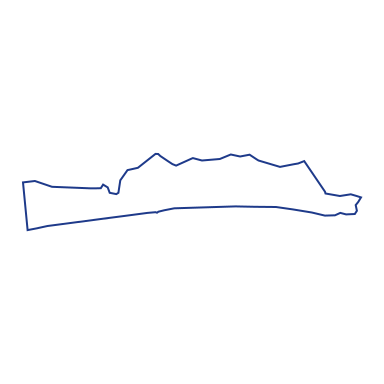 Ibeno, Akwa Ibom, Nigeria (Equal Earth projection)
{"feature_id": "59680162B15406999540209", "entity_name": "Ibeno", "entity_type": "district", "adm_level": 2, "iso_a3": "NGA", "parent_name": "Nigeria", "parent_adm1": "Akwa Ibom", "projection": "equal_earth", "projection_center": [8.062, 4.561], "detail": "fine", "context": "isolated", "style": "outline", "palette": "blue", "viewbox_px": 384, "rotation_deg": 0, "n_neighbors": 0, "source": "geoboundaries", "source_scale": "gbopen_adm2", "svg_char_len": 956}
<svg xmlns="http://www.w3.org/2000/svg" viewBox="0 0 384 384"><path d="M27.6,230.1L37.5,228.2L37.8,228.1L47.5,226.0L56.0,224.9L110.0,217.8L124.0,216.0L147.5,212.9L155.5,212.2L157.0,212.7L158.4,211.7L164.1,210.3L173.8,208.4L174.6,208.3L235.6,206.4L240.0,206.5L254.9,206.8L276.0,207.0L292.8,209.4L311.8,212.5L324.9,215.6L335.0,215.3L340.3,212.9L346.1,214.4L354.8,214.0L356.9,210.8L355.7,205.1L358.2,202.0L361.0,197.4L356.3,195.9L350.8,194.3L339.9,196.0L325.5,193.5L325.0,191.7L304.2,161.1L298.1,163.5L293.9,164.2L280.0,166.9L258.5,160.5L256.7,159.4L249.6,154.7L240.1,156.5L230.8,154.5L219.8,159.0L202.0,160.5L192.9,158.1L192.1,158.4L190.5,159.1L176.1,165.6L172.4,164.1L167.7,161.0L160.3,156.0L158.2,154.0L155.5,153.9L137.9,167.8L130.8,169.4L127.5,170.1L120.3,180.3L118.4,192.8L116.3,194.1L109.7,192.8L107.7,187.4L103.1,184.6L100.8,188.2L96.7,188.3L89.6,188.3L52.0,186.8L34.9,181.0L23.0,182.4L27.6,230.1Z" fill="none" stroke="#1e3a8a" stroke-width="2"/></svg>